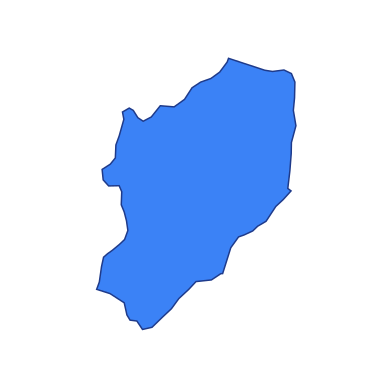 outline of Åtvidaberg, Östergötland, Sweden, rotated 110°
{"feature_id": "70781695B49758831077864", "entity_name": "Åtvidaberg", "entity_type": "district", "adm_level": 2, "iso_a3": "SWE", "parent_name": "Sweden", "parent_adm1": "Östergötland", "projection": "robinson", "projection_center": [16.151, 58.245], "detail": "fine", "context": "isolated", "style": "filled", "palette": "blue", "viewbox_px": 384, "rotation_deg": 110, "n_neighbors": 0, "source": "geoboundaries", "source_scale": "gbopen_adm2", "svg_char_len": 1044}
<svg xmlns="http://www.w3.org/2000/svg" viewBox="0 0 384 384"><g transform="rotate(110 192 192)"><path d="M316.1,248.3L315.5,234.3L319.3,217.8L329.8,211.1L333.6,206.4L332.1,199.7L338.1,191.5L332.8,183.3L320.0,177.1L308.7,171.4L296.6,167.9L284.5,161.7L274.8,157.6L268.0,143.7L258.9,137.0L258.2,135.3L231.1,136.5L218.3,132.9L214.5,128.3L207.8,121.6L201.7,118.6L194.2,112.4L176.9,108.3L167.9,103.7L157.1,99.3L155.9,103.2L138.5,107.3L122.0,111.9L111.5,115.5L94.2,117.0L80.6,124.7L68.6,127.8L53.5,132.9L46.7,139.1L45.9,147.3L51.2,157.6L52.7,165.3L53.9,203.4L57.9,203.4L69.9,207.0L78.9,213.1L85.7,221.4L94.0,227.6L107.5,230.7L118.1,237.9L121.8,251.3L135.4,255.9L142.2,262.1L140.7,268.3L135.4,275.1L134.6,279.7L140.6,284.7L147.0,280.9L164.2,279.6L173.8,279.6L186.2,275.7L193.8,278.3L201.5,284.2L211.0,279.6L214.8,272.4L211.0,262.6L215.8,258.1L228.2,254.1L233.9,248.9L241.5,243.7L250.1,239.1L259.7,239.1L266.3,242.4L274.0,246.9L278.8,250.2L283.5,252.8L293.1,251.5L308.3,248.3L316.1,248.3Z" fill="#3b82f6" stroke="#1e3a8a" stroke-width="1.5"/></g></svg>